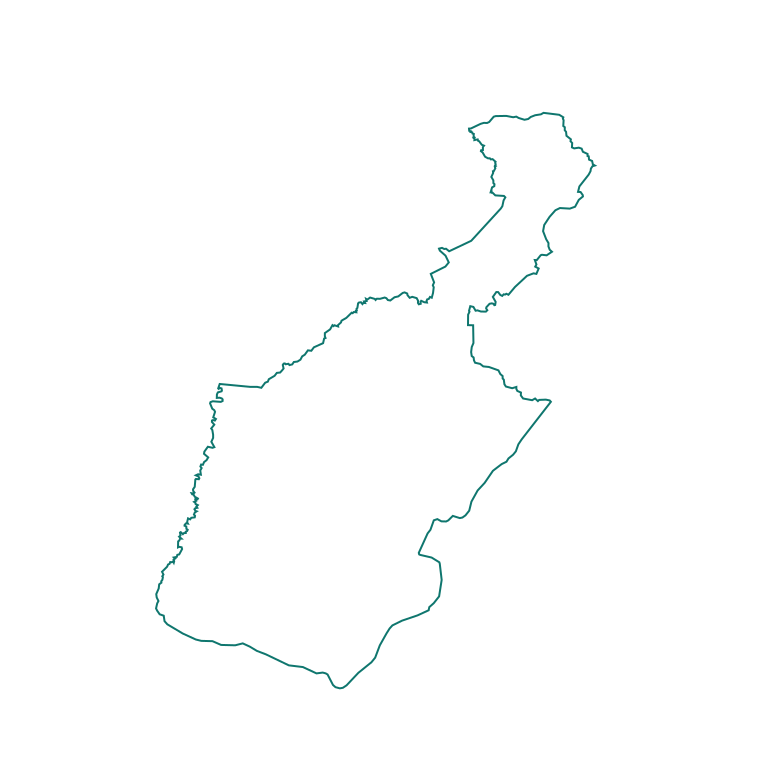 outline of Isidro Ayora, Guayas, Ecuador, rotated 15°
{"feature_id": "8360857B10119074569782", "entity_name": "Isidro Ayora", "entity_type": "district", "adm_level": 2, "iso_a3": "ECU", "parent_name": "Ecuador", "parent_adm1": "Guayas", "projection": "mercator", "projection_center": [-80.16, -1.923], "detail": "fine", "context": "isolated", "style": "outline", "palette": "teal", "viewbox_px": 768, "rotation_deg": 15, "n_neighbors": 0, "source": "geoboundaries", "source_scale": "gbopen_adm2", "svg_char_len": 6143}
<svg xmlns="http://www.w3.org/2000/svg" viewBox="0 0 768 768"><g transform="rotate(15 384 384)"><path d="M485.7,591.0L485.5,587.8L488.8,582.8L492.2,574.9L490.4,558.3L484.4,543.2L483.6,541.9L474.9,539.3L463.3,539.7L462.1,539.5L461.3,538.1L464.8,517.0L466.6,512.8L467.4,502.8L470.5,500.7L475.0,501.8L479.6,500.7L481.4,499.1L484.6,493.6L491.9,493.9L494.3,492.7L496.7,489.8L499.1,484.3L498.9,475.0L502.0,462.6L506.8,453.5L511.7,439.6L518.4,430.9L522.4,427.4L523.5,423.7L527.0,418.9L528.8,414.9L529.4,407.5L531.3,401.9L549.8,358.0L548.3,357.0L544.4,357.2L538.0,359.2L537.1,360.7L533.7,358.9L531.3,361.3L522.1,362.0L519.1,359.6L518.5,356.8L514.6,356.2L513.1,354.5L512.6,352.6L508.9,354.9L502.4,354.9L500.4,353.1L498.6,348.8L497.2,348.0L496.5,345.6L493.8,344.3L491.0,341.2L480.9,340.4L475.3,341.3L471.7,339.7L466.5,339.9L464.8,337.9L463.7,335.2L461.5,334.3L459.9,330.6L459.2,325.6L459.8,321.3L454.9,304.2L449.9,305.4L447.3,295.2L447.9,292.1L447.2,291.4L447.2,286.5L450.4,286.4L453.5,289.5L455.2,288.7L458.9,288.9L463.7,287.7L464.7,286.0L463.1,284.6L463.0,283.4L465.2,279.2L467.3,278.2L468.9,278.2L470.2,279.3L470.9,278.9L470.6,275.8L466.6,271.7L468.7,266.1L470.5,265.7L473.3,267.9L475.4,268.3L476.4,266.4L477.8,266.3L478.8,265.2L481.1,265.6L485.4,256.4L494.1,242.5L499.8,238.4L502.7,238.2L503.5,232.4L499.7,231.5L500.3,229.1L497.6,225.2L499.5,224.8L502.0,219.1L503.1,218.3L507.8,217.6L512.0,212.8L509.3,211.4L507.2,208.5L506.4,205.3L503.2,202.2L498.1,195.2L497.6,188.9L500.7,179.6L504.6,171.8L508.4,168.5L518.1,166.5L522.7,163.3L524.5,155.7L527.6,151.4L527.1,150.1L524.2,147.7L521.7,148.2L521.6,142.6L527.5,128.8L528.4,125.0L528.1,122.4L529.0,119.7L531.1,118.4L528.9,117.8L527.3,114.7L524.0,114.2L522.8,111.1L521.6,111.1L521.1,109.1L516.0,108.2L514.0,105.5L511.0,105.3L506.7,107.2L504.3,106.8L503.4,102.5L501.3,101.2L501.2,99.3L496.0,97.0L494.6,93.3L492.9,92.1L492.2,89.2L490.4,88.4L489.2,82.7L488.1,81.4L488.2,80.0L483.6,78.6L467.9,80.8L465.8,82.9L460.4,85.3L456.6,88.1L454.7,90.7L451.3,92.4L445.3,92.2L442.6,91.5L439.7,92.9L432.7,93.4L422.6,96.3L420.8,97.4L417.8,103.7L416.0,105.2L412.9,105.9L410.0,107.7L401.8,114.7L400.0,115.3L400.8,117.4L402.5,117.4L402.4,118.2L404.1,118.1L404.7,119.2L406.0,119.2L406.5,121.8L407.5,122.3L406.7,123.1L408.1,123.9L408.2,125.0L411.2,123.5L411.9,124.7L413.1,124.9L416.5,127.6L418.9,127.9L418.2,129.6L419.0,132.4L417.3,133.1L417.3,134.0L419.3,134.8L422.8,138.3L426.0,139.1L427.8,138.6L429.0,139.4L430.7,138.7L434.3,140.5L434.1,141.6L435.0,142.8L434.7,144.3L435.5,144.6L434.8,145.5L435.7,146.8L434.9,150.2L434.2,150.4L434.8,152.0L434.1,156.2L436.9,159.0L437.7,161.7L439.0,162.4L439.3,164.4L437.5,166.1L437.4,170.6L438.0,170.1L438.4,171.4L439.3,171.1L442.7,173.0L451.2,171.3L452.9,172.3L452.0,175.7L452.3,181.6L451.4,184.3L431.2,223.1L412.6,238.9L408.9,237.3L407.2,238.0L404.8,237.5L402.1,239.0L403.4,240.7L410.2,244.1L415.1,249.8L412.9,254.7L400.7,265.5L406.1,272.9L405.6,276.0L407.0,277.7L407.8,283.4L407.8,288.3L405.9,288.0L405.2,290.3L403.8,291.1L403.6,292.8L404.4,294.2L401.8,294.6L398.4,294.0L398.0,295.1L398.7,297.0L397.0,298.0L395.8,296.9L395.4,294.8L393.3,292.6L388.7,292.5L386.5,294.1L383.7,292.1L383.0,290.6L380.2,290.2L378.5,291.2L375.1,295.7L371.7,297.5L368.5,301.7L366.0,301.9L364.1,300.5L362.3,300.3L358.2,302.7L355.0,303.5L354.1,305.0L353.2,304.2L348.2,304.1L346.0,306.8L344.6,306.4L345.7,308.4L343.4,309.4L344.7,310.7L343.1,311.0L342.5,312.4L340.6,311.0L338.7,311.8L338.1,312.8L338.6,317.4L338.0,318.6L338.7,320.0L337.9,320.5L338.7,321.9L336.2,322.3L335.4,323.7L334.3,323.5L330.5,329.9L326.6,333.8L326.5,335.7L324.3,339.1L324.8,340.3L320.9,340.1L320.3,341.1L319.0,340.5L317.8,345.2L313.7,350.1L314.5,353.2L315.6,354.7L314.4,355.6L314.6,360.3L306.8,366.7L305.2,370.7L301.8,371.2L299.9,376.2L297.8,378.5L297.0,382.1L294.6,384.7L291.2,386.1L290.3,388.8L287.8,390.2L286.5,389.2L283.8,390.4L282.9,389.8L281.8,390.3L281.3,391.8L283.0,395.0L282.1,397.1L280.7,399.8L277.6,401.0L276.2,404.4L271.5,409.2L271.2,411.8L268.9,413.5L266.5,419.4L262.3,419.6L255.5,421.4L225.3,426.5L225.0,431.2L225.6,431.5L226.2,430.3L228.2,430.3L229.1,432.2L229.0,433.1L225.7,435.1L225.3,437.3L226.1,440.7L228.7,439.8L231.0,439.9L232.1,440.6L232.5,442.2L231.0,443.5L223.1,445.0L221.1,446.4L221.0,447.7L224.5,452.3L226.8,453.2L228.0,454.6L227.7,460.4L230.7,461.3L230.1,463.1L228.2,463.1L227.3,463.8L227.6,465.2L230.6,467.2L228.6,471.7L230.1,472.9L232.1,477.3L232.9,480.3L232.2,484.5L236.5,488.9L234.9,490.0L230.1,490.2L228.0,495.8L228.2,498.0L233.2,500.4L232.3,503.5L230.4,506.0L230.0,508.9L228.2,509.1L228.0,511.2L229.6,512.4L228.9,515.1L230.6,519.0L227.8,519.3L225.9,520.9L228.8,521.4L230.0,522.8L229.8,523.9L226.9,524.4L226.5,525.1L227.8,532.3L226.8,535.1L227.3,536.6L229.1,538.0L228.4,539.0L226.4,539.3L227.3,540.2L228.8,540.2L230.4,541.9L233.9,542.8L233.7,543.6L231.6,543.4L231.5,544.3L232.8,545.5L231.1,547.0L232.6,547.6L233.1,548.7L235.5,549.2L234.5,550.9L235.7,551.9L233.9,552.8L233.3,554.0L234.8,555.4L236.0,555.5L234.5,557.1L234.2,559.3L235.6,560.2L235.7,561.8L232.5,563.1L231.8,564.9L229.5,564.5L229.6,568.5L230.7,569.6L228.9,569.8L227.9,571.6L228.0,572.5L229.9,572.8L230.6,575.0L232.1,575.6L231.9,576.9L230.7,578.0L231.1,579.2L229.2,579.9L228.6,581.1L226.0,579.7L225.4,580.3L226.6,583.0L225.6,584.5L228.3,585.8L227.0,586.2L226.8,588.2L225.9,589.3L227.3,595.1L228.2,594.3L230.8,594.1L231.7,595.7L230.3,601.6L228.6,602.5L228.6,604.6L226.0,605.9L227.5,606.6L226.2,608.0L227.2,609.4L227.2,611.0L226.2,609.9L225.2,611.1L223.6,611.3L223.4,613.2L222.1,614.3L221.8,616.6L218.2,622.8L220.3,625.2L219.6,627.1L220.4,627.7L220.6,630.5L219.9,632.2L220.4,633.5L218.7,635.7L219.3,639.8L218.4,645.9L219.7,649.0L222.3,652.0L221.7,654.6L221.9,659.8L223.6,661.7L226.9,664.5L231.2,664.8L233.4,669.9L236.9,672.2L254.2,677.1L268.3,679.5L274.0,679.4L284.9,676.8L294.2,678.2L307.9,674.9L314.7,671.1L322.3,672.4L330.3,674.7L339.9,675.7L364.9,680.4L378.9,678.4L393.7,681.0L399.5,678.6L402.6,678.6L404.7,679.2L412.6,687.9L415.6,689.4L420.1,689.4L422.9,688.1L425.8,684.8L434.0,669.6L443.9,656.0L446.3,650.6L447.6,637.5L451.0,624.2L452.7,618.7L454.6,615.0L462.7,607.9L476.3,598.8L485.7,591.0Z" fill="none" stroke="#0f766e" stroke-width="2"/></g></svg>